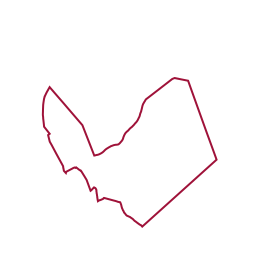 the district of General San Martín, La Rioja, Argentina, rotated 48°
{"feature_id": "61730980B53159304456053", "entity_name": "General San Martín", "entity_type": "district", "adm_level": 2, "iso_a3": "ARG", "parent_name": "Argentina", "parent_adm1": "La Rioja", "projection": "natural_earth1", "projection_center": [-66.186, -31.6], "detail": "fine", "context": "isolated", "style": "outline", "palette": "rose", "viewbox_px": 256, "rotation_deg": 48, "n_neighbors": 0, "source": "geoboundaries", "source_scale": "gbopen_adm2", "svg_char_len": 3634}
<svg xmlns="http://www.w3.org/2000/svg" viewBox="0 0 256 256"><g transform="rotate(48 128 128)"><path d="M133.1,51.7L122.0,60.0L121.2,62.2L119.3,87.7L118.7,95.5L118.9,96.3L119.2,97.1L119.4,97.8L119.6,98.6L119.9,99.4L120.1,100.2L120.4,100.9L120.8,101.7L121.2,102.4L121.6,103.0L122.1,103.7L122.6,104.4L123.0,105.0L123.5,105.7L123.9,106.4L124.4,107.0L124.8,107.8L125.1,108.5L125.5,109.2L125.9,109.9L126.4,110.6L126.8,111.2L127.2,111.9L127.5,112.7L127.8,113.5L128.1,114.2L128.4,115.0L128.7,115.7L128.9,116.5L129.1,117.3L129.2,118.1L129.3,119.0L129.3,119.8L129.5,120.6L129.6,121.4L129.7,122.2L129.7,123.0L129.8,123.8L129.8,124.7L129.7,125.5L129.7,126.3L129.7,127.1L129.8,127.9L129.9,128.8L130.0,129.6L130.0,130.4L129.9,131.2L130.0,132.0L130.0,132.8L130.2,133.7L130.4,134.4L130.7,135.2L131.0,136.0L131.4,136.7L131.7,137.4L132.1,138.1L132.6,138.8L132.9,139.5L133.2,140.3L133.4,141.1L133.5,141.9L133.6,142.7L133.7,143.5L133.8,144.3L133.8,145.2L133.8,146.0L133.4,146.7L133.0,147.4L132.5,148.0L132.0,148.7L131.6,149.4L131.2,150.1L130.9,150.9L130.6,151.6L130.3,152.4L130.0,153.1L129.9,153.9L129.7,154.7L129.5,155.5L129.4,156.3L129.2,157.2L129.1,158.0L129.0,158.8L129.0,159.6L129.0,160.4L129.1,161.2L129.1,162.0L129.1,162.9L129.0,163.7L128.9,164.5L128.7,165.3L128.5,166.1L128.3,166.9L128.0,167.6L127.7,168.4L127.2,169.1L126.8,169.8L126.5,170.5L125.9,171.5L95.4,160.0L74.1,159.5L66.1,159.3L60.4,159.2L45.2,158.9L47.1,164.6L48.5,168.0L48.7,168.6L48.8,168.6L49.1,169.2L49.2,169.4L50.1,170.8L50.4,171.2L52.7,174.0L54.1,175.6L57.8,179.2L59.4,180.7L60.1,181.4L61.3,182.5L61.7,182.8L63.0,183.7L64.6,185.0L65.1,185.3L69.3,188.3L70.9,189.5L79.9,190.1L79.8,192.1L85.8,195.3L89.5,196.1L98.7,198.4L113.0,201.8L114.3,202.8L114.5,202.8L116.9,204.3L118.8,204.3L119.9,204.3L119.2,203.2L120.9,196.5L121.0,196.1L121.1,195.6L121.1,195.3L121.4,194.8L121.7,194.0L122.6,193.6L122.6,192.9L123.6,192.7L127.1,192.1L127.7,191.6L127.8,191.6L128.2,191.7L128.4,191.8L128.7,191.6L130.3,191.9L135.3,192.8L138.9,193.5L142.9,195.1L149.6,197.8L149.7,196.9L149.5,194.8L149.4,193.0L149.8,192.8L150.2,192.7L150.4,192.7L150.7,192.5L151.0,192.5L151.4,192.5L151.7,192.6L152.1,192.7L152.4,192.8L153.0,193.0L153.3,193.3L153.6,193.6L153.8,193.7L153.9,193.8L154.1,194.0L154.3,194.1L154.5,194.2L154.8,194.4L155.1,194.6L155.3,194.8L155.6,195.0L155.9,195.2L156.2,195.3L157.6,196.3L158.6,196.9L158.7,197.0L158.8,197.1L159.0,197.3L159.3,197.4L159.4,197.5L159.5,197.6L159.8,197.8L160.0,197.9L160.2,198.0L160.4,198.2L160.6,198.3L160.8,198.4L161.0,198.6L161.4,198.8L161.6,198.9L161.8,199.0L162.3,199.3L162.4,198.7L162.5,197.9L162.7,197.3L162.8,197.2L163.0,196.9L163.1,196.6L163.3,196.1L163.4,195.7L163.5,195.4L163.6,195.1L163.7,194.9L163.8,194.6L163.9,194.2L164.0,193.8L164.0,193.5L164.0,193.4L163.8,193.0L163.9,192.6L170.7,188.2L172.1,187.3L173.9,186.1L175.1,185.4L176.1,184.9L176.9,184.3L177.7,183.7L178.0,183.5L180.4,184.4L182.4,185.5L183.9,186.2L184.8,186.4L186.0,186.9L186.8,186.9L188.0,187.4L188.2,187.5L189.5,187.4L190.0,187.5L191.4,187.6L192.4,187.5L192.6,187.4L194.1,186.7L194.4,186.6L194.8,186.4L195.7,186.0L196.1,186.0L196.5,185.9L197.1,185.7L197.8,185.6L198.4,185.4L199.1,185.3L199.8,185.3L200.2,185.3L200.7,185.3L201.3,185.2L201.7,185.2L202.2,185.0L203.3,184.8L204.9,184.5L205.1,184.5L205.3,184.4L205.6,184.3L206.0,184.3L206.6,184.1L207.0,184.1L207.3,184.0L207.6,183.9L207.9,183.8L208.3,183.7L208.6,183.5L208.8,183.5L209.0,183.4L209.3,183.3L209.5,183.3L209.8,183.4L210.0,183.4L210.3,183.4L210.5,183.4L210.8,183.4L210.8,183.2L210.8,155.5L210.8,154.6L210.8,83.4L209.2,82.7L198.1,78.2L184.4,72.7L164.8,64.7L143.8,56.1L133.1,51.7Z" fill="none" stroke="#9f1239" stroke-width="2"/></g></svg>